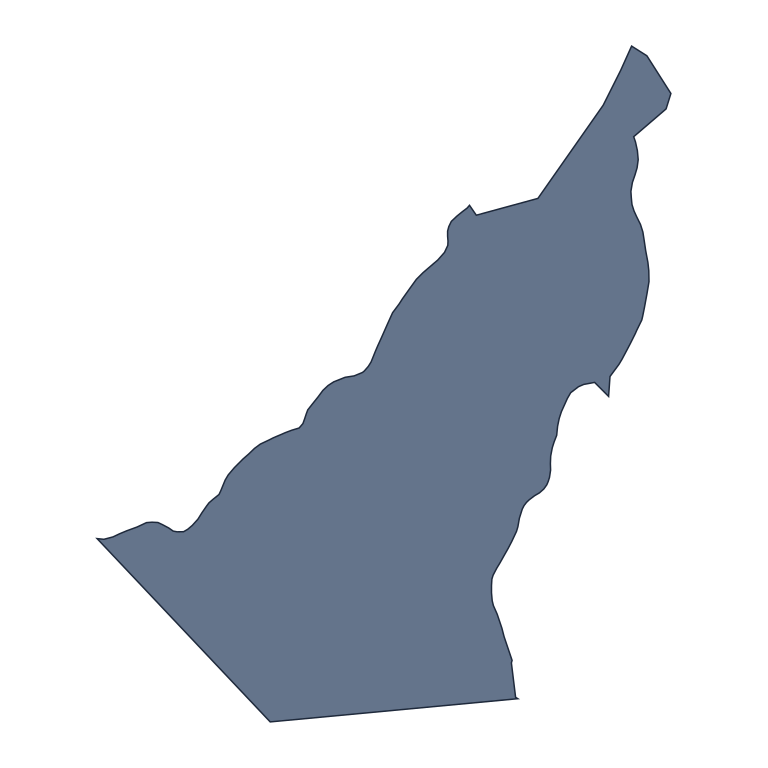 outline of Rock Hall, Castries, Saint Lucia
{"feature_id": "8701671B3640054805688", "entity_name": "Rock Hall", "entity_type": "district", "adm_level": 2, "iso_a3": "LCA", "parent_name": "Saint Lucia", "parent_adm1": "Castries", "projection": "mercator", "projection_center": [-60.989, 14.001], "detail": "fine", "context": "isolated", "style": "filled", "palette": "slate", "viewbox_px": 768, "rotation_deg": 0, "n_neighbors": 0, "source": "geoboundaries", "source_scale": "gbopen_adm2", "svg_char_len": 2143}
<svg xmlns="http://www.w3.org/2000/svg" viewBox="0 0 768 768"><path d="M517.8,698.7L515.6,697.3L511.4,662.9L512.1,660.4L504.1,636.7L501.9,628.2L497.2,614.2L493.4,605.6L492.2,600.7L491.5,592.8L491.5,585.6L491.9,579.1L493.1,575.2L496.7,568.3L500.2,562.5L503.9,555.9L508.1,548.5L511.8,541.4L516.5,531.4L517.9,526.7L519.4,518.2L522.3,509.0L524.1,505.5L526.5,502.4L529.2,499.8L534.6,495.7L539.4,492.9L543.8,489.0L546.8,484.8L548.2,481.5L549.5,477.4L550.6,470.1L550.4,463.6L550.7,456.0L552.3,447.7L554.1,442.0L556.7,435.3L557.1,431.1L557.6,426.2L559.2,418.5L561.4,411.7L567.4,398.4L570.7,392.7L578.5,386.7L583.8,384.4L588.2,383.6L594.6,382.4L608.6,396.4L610.0,376.5L619.0,364.3L622.1,359.1L627.0,349.9L630.3,343.6L635.4,333.4L636.7,330.4L641.8,320.0L642.7,316.2L644.5,307.2L647.0,293.6L649.0,281.6L648.8,270.7L647.9,262.4L645.7,250.7L644.3,241.2L642.9,232.1L640.5,224.5L636.5,216.4L634.0,210.9L632.0,204.6L631.7,201.8L631.4,198.5L631.3,197.5L630.9,191.4L632.4,182.5L635.0,174.9L637.1,167.8L638.2,159.7L637.4,150.7L635.5,142.0L633.7,136.7L666.1,108.9L670.9,93.5L646.9,55.8L631.6,46.1L620.7,70.3L603.2,105.2L537.9,198.4L476.3,215.2L469.5,205.3L467.2,208.0L462.2,211.8L456.8,216.2L451.3,221.4L448.8,226.6L447.6,231.1L447.6,236.3L448.0,241.1L447.8,245.4L444.5,252.4L437.7,260.1L433.8,263.4L423.1,272.6L416.4,279.3L410.4,287.6L402.5,298.7L399.1,304.0L392.6,312.7L387.8,323.3L381.6,337.3L377.6,346.1L375.5,351.0L372.2,359.2L371.0,362.1L368.3,366.4L364.2,371.1L362.4,372.5L354.1,375.9L345.1,377.3L333.8,381.8L331.3,383.4L328.1,385.5L322.9,390.4L318.0,397.0L312.7,403.6L307.8,409.8L306.4,413.5L304.6,418.9L302.9,423.6L299.1,428.0L291.8,430.2L285.2,432.7L281.8,434.2L273.5,437.7L269.4,439.8L260.3,444.1L254.5,448.4L248.5,454.2L243.2,458.8L238.3,463.7L234.5,467.5L228.3,474.8L225.2,480.0L222.8,485.8L220.8,490.7L219.0,494.5L213.4,499.0L209.0,502.8L206.6,506.0L201.9,512.8L197.9,519.2L192.3,525.4L187.7,529.3L183.6,531.7L177.1,531.8L173.2,531.1L168.8,528.0L162.4,524.6L157.9,522.5L152.0,522.2L146.5,522.6L137.1,527.0L126.7,530.8L119.3,533.9L113.0,536.9L103.9,539.3L97.1,538.6L270.2,721.9L517.8,698.7Z" fill="#64748b" stroke="#1e293b" stroke-width="1.5"/></svg>